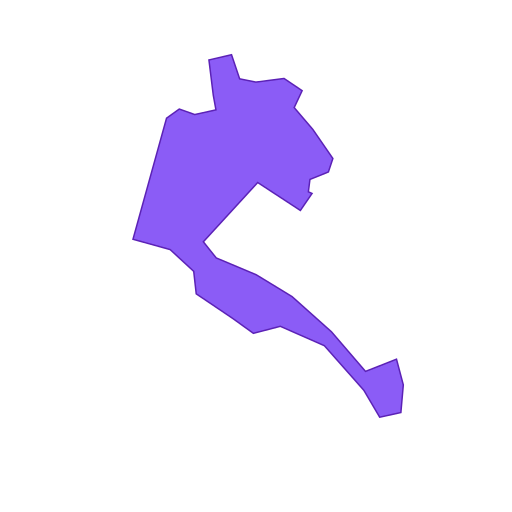 an SVG outline of Plaines Wilhems, rotated 158°
{"feature_id": "MUS-5188", "entity_name": "Plaines Wilhems", "entity_type": "District", "adm_level": 1, "iso_a3": "MUS", "parent_name": "Mauritius", "parent_adm1": "", "projection": "natural_earth1", "projection_center": [57.506, -20.307], "detail": "fine", "context": "isolated", "style": "filled", "palette": "violet", "viewbox_px": 512, "rotation_deg": 158, "n_neighbors": 0, "source": "natural_earth", "source_scale": "10m", "svg_char_len": 647}
<svg xmlns="http://www.w3.org/2000/svg" viewBox="0 0 512 512"><g transform="rotate(158 256 256)"><path d="M363.8,317.6L287.3,417.3L272.1,421.0L259.8,410.1L238.4,406.5L235.4,421.0L226.2,455.4L203.3,451.8L204.8,426.4L191.0,417.3L163.5,410.1L151.3,392.0L165.0,379.3L155.9,352.1L148.2,317.6L157.4,306.8L177.3,306.8L183.4,295.9L180.6,293.0L197.8,281.6L226.9,323.5L299.5,288.9L293.6,269.1L262.8,238.5L237.8,204.9L214.4,157.4L197.7,108.0L164.4,107.7L167.7,81.3L180.3,56.6L201.7,60.2L206.3,91.0L226.2,147.2L259.8,181.7L287.4,185.3L301.1,207.0L325.6,243.3L319.5,265.1L333.2,294.1L363.8,317.6Z" fill="#8b5cf6" stroke="#5b21b6" stroke-width="1.5"/></g></svg>